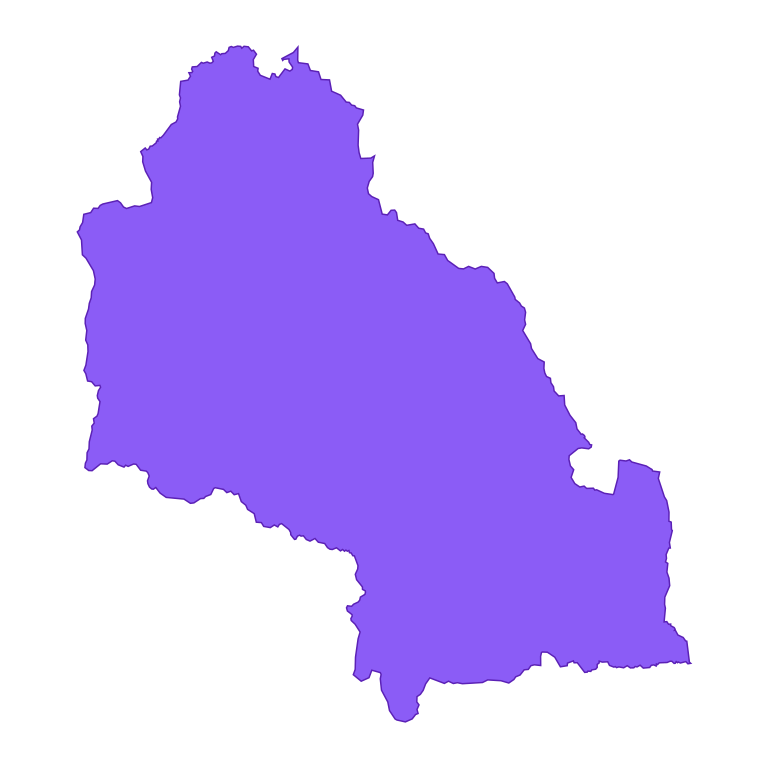 outline of Nopphitam, Nakhon Si Thammarat, Thailand
{"feature_id": "78962969B39887393521722", "entity_name": "Nopphitam", "entity_type": "district", "adm_level": 2, "iso_a3": "THA", "parent_name": "Thailand", "parent_adm1": "Nakhon Si Thammarat", "projection": "robinson", "projection_center": [99.71, 8.761], "detail": "fine", "context": "isolated", "style": "filled", "palette": "violet", "viewbox_px": 768, "rotation_deg": 0, "n_neighbors": 0, "source": "geoboundaries", "source_scale": "gbopen_adm2", "svg_char_len": 6005}
<svg xmlns="http://www.w3.org/2000/svg" viewBox="0 0 768 768"><path d="M84.9,467.6L88.7,470.5L92.1,470.7L100.6,463.8L107.2,464.1L112.3,460.8L114.9,461.2L118.2,464.8L124.0,467.1L125.7,465.2L128.1,466.4L133.6,464.0L136.2,464.3L140.6,470.2L146.2,471.1L147.7,472.5L149.2,476.0L147.5,480.8L147.9,483.7L149.5,487.1L151.7,489.0L153.4,489.2L155.8,487.5L160.1,493.1L166.2,497.4L184.0,499.1L190.4,503.3L193.9,502.9L200.5,498.6L203.8,498.4L205.6,496.5L210.8,494.5L213.7,488.5L215.2,487.7L223.5,489.4L226.8,492.6L230.8,491.2L234.2,494.7L238.5,493.6L241.3,501.6L245.8,505.2L247.6,509.4L254.2,513.6L256.3,522.2L261.4,522.6L263.7,526.4L270.3,527.6L274.3,525.0L277.8,526.9L279.4,524.4L281.6,523.6L289.0,529.5L290.6,532.4L290.8,534.8L294.5,539.4L295.8,539.2L297.5,536.1L299.7,535.2L301.0,536.1L303.4,535.8L306.3,539.5L310.0,541.1L315.0,538.5L318.3,542.2L324.7,543.5L327.5,547.6L329.9,549.2L332.3,549.5L336.5,547.8L340.5,550.9L342.6,549.5L344.5,551.2L345.9,550.1L347.3,551.2L348.9,550.5L349.5,552.7L351.2,553.0L352.8,555.7L354.4,555.9L358.0,565.7L357.7,569.0L355.3,574.3L356.6,579.7L362.4,586.9L362.5,589.4L365.2,590.8L365.5,592.1L364.9,594.4L360.4,597.1L359.7,600.2L358.1,602.1L353.6,604.2L351.6,606.3L347.5,605.8L346.5,607.8L347.4,611.0L352.0,614.6L352.2,616.1L350.9,618.6L351.2,620.5L355.1,624.2L360.1,632.0L358.1,638.8L355.5,657.2L355.2,669.4L353.3,674.7L361.2,681.2L369.0,677.7L371.8,670.2L380.3,672.6L381.1,674.5L380.3,678.8L381.5,690.2L387.8,702.0L389.5,710.6L395.1,719.0L396.9,720.0L405.4,721.9L412.2,718.9L415.6,714.5L418.1,713.5L417.0,709.5L419.0,704.9L416.8,701.9L417.0,696.6L420.4,694.3L423.2,690.3L425.6,683.9L429.8,677.9L444.4,683.4L448.5,681.2L453.3,683.5L457.4,682.7L462.4,683.7L482.5,682.5L487.7,679.9L500.9,680.7L508.8,683.0L513.9,679.5L515.7,676.8L520.1,675.0L524.2,669.8L528.3,669.4L530.9,665.7L534.3,664.8L540.7,665.5L540.6,656.4L541.5,652.5L542.4,652.0L547.4,652.2L554.8,657.2L560.4,666.8L567.2,665.7L567.5,663.1L573.4,660.9L574.1,662.8L577.3,662.7L584.7,672.4L587.3,672.1L587.9,671.1L590.8,671.4L591.8,669.9L595.7,669.2L597.2,667.4L597.2,664.4L599.1,663.0L599.2,661.1L602.2,662.1L607.7,661.8L609.5,665.4L613.9,667.1L615.3,666.6L616.5,667.6L618.9,666.9L623.7,667.8L627.2,665.7L630.4,667.9L633.8,667.8L635.1,666.5L637.1,666.9L640.1,665.2L643.3,668.1L649.7,667.5L651.3,665.3L653.8,664.9L656.1,666.0L656.4,664.0L657.5,664.6L659.3,662.8L667.1,662.5L670.2,661.2L671.9,661.3L674.1,663.4L675.2,663.3L676.2,661.6L677.4,662.7L678.2,662.0L680.4,663.0L685.8,661.6L687.9,663.8L690.7,663.3L689.4,662.1L686.8,641.2L685.6,640.9L683.2,637.5L677.9,635.0L675.3,630.2L674.5,630.3L675.1,629.2L674.2,627.6L670.6,625.6L670.7,624.1L668.5,624.2L666.8,621.6L664.1,621.9L665.4,608.2L664.6,604.4L664.8,597.2L669.7,585.7L669.0,578.1L666.9,572.1L667.8,563.4L665.5,561.9L666.5,558.4L666.1,554.6L668.8,548.1L670.3,548.0L669.4,542.5L672.3,530.6L671.5,529.5L671.2,522.1L668.9,521.2L669.0,512.1L666.7,500.6L664.4,496.9L658.3,478.4L659.7,472.0L652.5,471.0L652.1,469.6L646.3,466.0L631.8,462.0L629.5,459.8L626.0,461.0L620.0,460.2L618.8,461.1L618.1,477.3L613.7,493.9L612.9,494.6L604.3,493.3L596.7,489.8L594.8,490.1L593.4,488.2L586.6,488.4L584.1,486.1L579.8,487.0L574.8,483.6L571.1,477.4L573.7,469.7L570.4,465.9L568.9,459.4L569.2,455.7L578.1,448.5L581.7,447.9L588.7,448.8L591.2,447.1L591.6,444.9L589.7,444.5L588.7,442.3L584.2,437.8L585.0,437.0L584.4,435.5L582.5,434.0L581.1,434.2L577.0,428.9L575.8,422.7L570.0,415.3L564.7,405.0L564.1,395.5L558.7,395.9L554.1,391.0L553.5,386.7L550.9,382.7L550.4,378.3L546.5,376.5L544.8,372.9L543.9,368.5L544.2,362.0L537.8,358.6L531.5,348.5L530.6,343.7L522.7,330.5L525.6,324.3L524.6,319.9L525.6,312.3L524.4,308.0L521.4,306.1L519.6,303.0L515.2,299.4L514.8,297.1L507.3,283.8L504.4,281.5L497.3,282.9L494.6,278.3L494.0,273.4L487.7,267.4L481.3,266.4L475.2,269.0L468.6,266.4L463.5,268.9L458.7,268.4L447.7,260.5L444.4,254.6L438.1,254.0L433.4,243.7L429.7,238.4L428.2,233.8L425.6,232.9L423.6,229.1L418.7,228.2L414.9,223.9L406.7,225.3L403.1,222.0L397.7,220.3L396.5,212.6L394.7,210.1L391.1,210.3L387.4,214.9L382.2,214.1L378.5,199.7L371.8,196.6L368.5,193.7L367.3,188.0L369.2,181.4L372.6,176.6L373.2,173.3L372.7,162.4L374.5,155.9L370.8,158.1L360.8,158.5L359.1,152.7L358.1,145.1L358.6,130.1L357.5,124.2L362.8,115.1L363.5,110.0L356.3,107.9L354.7,105.7L351.6,105.1L349.3,102.4L346.2,102.1L340.6,95.2L331.6,91.2L329.5,79.9L321.0,79.5L318.5,71.8L310.4,70.5L307.9,63.9L298.4,62.7L297.7,60.3L297.9,47.1L293.4,52.5L281.9,58.6L282.7,60.4L283.7,59.4L288.9,58.8L289.1,62.0L292.6,67.1L292.3,69.4L289.8,71.1L285.0,68.9L278.5,77.5L275.9,76.6L274.9,74.0L272.3,73.5L270.0,79.2L260.3,75.3L257.7,71.2L258.1,68.3L253.7,66.5L253.3,59.6L256.5,54.2L253.5,50.2L251.6,50.9L248.3,46.8L244.0,46.3L241.8,48.2L240.7,46.4L237.6,46.1L233.3,47.4L231.3,46.5L229.1,47.4L228.3,50.6L225.3,53.4L221.8,53.7L220.6,54.7L216.2,51.8L214.9,53.1L214.5,56.0L211.7,57.3L213.3,61.3L211.8,62.8L210.0,63.2L207.2,62.0L203.2,63.2L201.4,62.4L197.2,66.5L192.3,66.9L191.6,69.1L192.7,71.3L191.8,72.6L188.9,72.7L190.5,76.2L188.0,80.1L180.7,81.4L179.4,94.9L180.5,97.9L179.6,101.8L180.5,106.2L177.5,116.9L177.7,118.9L176.0,122.0L171.3,124.5L163.4,135.2L160.9,137.8L159.7,137.5L158.8,139.0L157.6,139.1L157.9,141.0L156.6,141.1L156.2,142.8L152.3,146.0L150.2,146.2L148.7,149.1L146.8,149.9L145.2,148.0L140.7,151.6L142.9,156.5L142.7,161.8L145.5,171.1L151.6,182.3L151.2,189.4L152.7,197.7L151.4,202.6L139.5,206.5L134.6,205.9L126.5,208.5L123.5,207.0L120.5,202.8L117.5,200.6L102.8,204.0L100.2,205.4L98.1,208.4L93.6,208.2L90.7,212.6L83.8,214.3L82.6,222.6L80.1,226.8L79.5,229.9L77.3,231.9L81.5,240.0L82.4,254.8L86.0,258.2L93.4,270.6L95.2,279.0L94.6,285.0L91.6,291.5L91.2,297.9L89.3,303.3L88.5,309.1L85.3,318.4L85.2,323.5L86.8,330.5L85.7,340.1L87.8,344.9L88.0,351.5L85.9,365.1L83.9,370.4L85.8,373.7L87.6,381.0L91.6,381.7L95.2,385.9L99.9,385.4L100.6,387.2L98.5,390.5L97.3,395.6L97.7,398.2L100.0,401.6L98.1,413.5L97.0,416.1L93.5,418.7L94.2,423.1L91.8,426.1L92.2,430.0L89.3,441.7L89.0,448.9L87.1,452.7L86.9,460.0L85.4,463.2L84.9,467.6Z" fill="#8b5cf6" stroke="#5b21b6" stroke-width="1.5"/></svg>